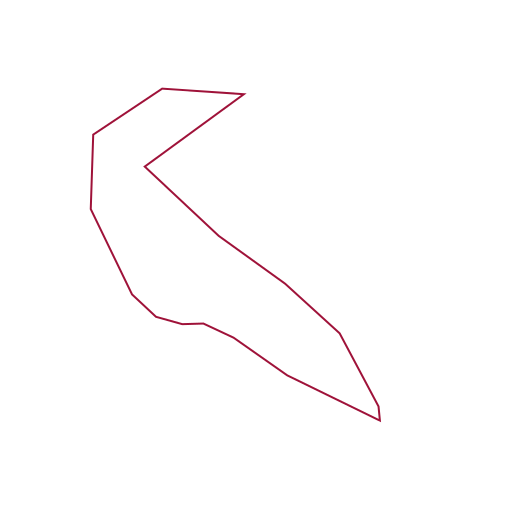 the border of Zavrc, rotated 312°
{"feature_id": "SVN-1050", "entity_name": "Zavrc", "entity_type": "Municipality", "adm_level": 1, "iso_a3": "SVN", "parent_name": "Slovenia", "parent_adm1": "", "projection": "orthographic", "projection_center": [16.053, 46.352], "detail": "fine", "context": "isolated", "style": "outline", "palette": "rose", "viewbox_px": 512, "rotation_deg": 312, "n_neighbors": 0, "source": "natural_earth", "source_scale": "10m", "svg_char_len": 380}
<svg xmlns="http://www.w3.org/2000/svg" viewBox="0 0 512 512"><g transform="rotate(312 256 256)"><path d="M368.1,138.7L248.0,113.5L246.0,214.9L254.9,296.2L254.5,369.9L226.2,447.7L216.6,458.2L215.7,455.2L188.2,359.1L180.3,294.0L170.6,262.1L156.0,246.8L143.9,222.4L144.5,189.6L180.3,101.8L237.3,53.8L317.6,74.3L368.1,138.7Z" fill="none" stroke="#9f1239" stroke-width="2"/></g></svg>